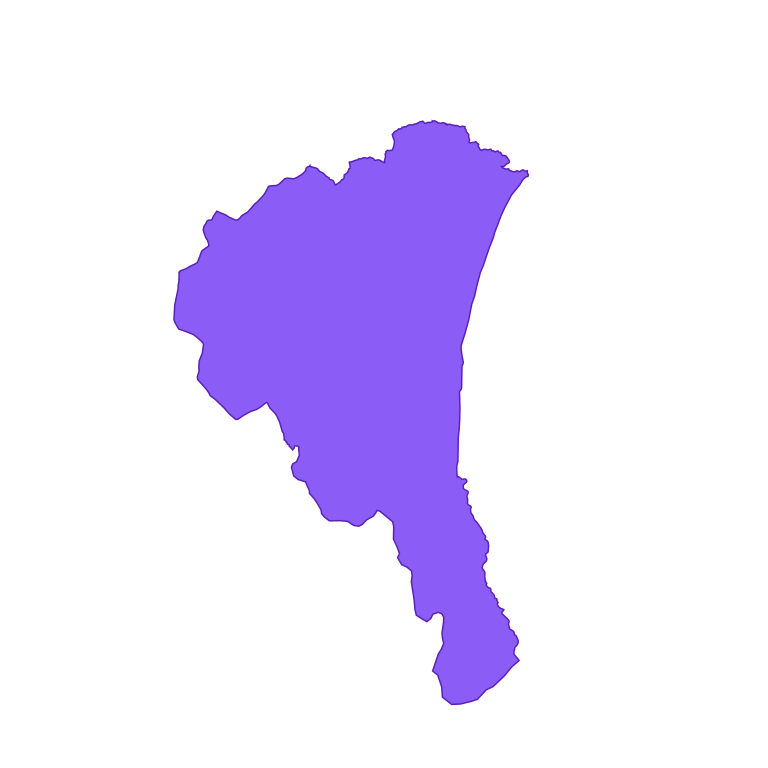 outline of Boontay, Phôngsali, Laos, rotated 113°
{"feature_id": "54806243B85580123027929", "entity_name": "Boontay", "entity_type": "district", "adm_level": 2, "iso_a3": "LAO", "parent_name": "Laos", "parent_adm1": "Phôngsali", "projection": "albers", "projection_center": [101.907, 21.382], "detail": "fine", "context": "isolated", "style": "filled", "palette": "violet", "viewbox_px": 768, "rotation_deg": 113, "n_neighbors": 0, "source": "geoboundaries", "source_scale": "gbopen_adm2", "svg_char_len": 6171}
<svg xmlns="http://www.w3.org/2000/svg" viewBox="0 0 768 768"><g transform="rotate(113 384 384)"><path d="M136.7,332.6L135.0,332.8L133.9,334.4L132.1,335.3L131.0,335.4L132.2,335.8L133.0,337.2L132.6,339.2L132.7,340.0L135.5,342.2L135.8,342.6L135.6,344.6L136.2,345.4L137.5,346.2L138.2,348.0L138.2,350.9L138.7,351.7L137.3,353.2L137.7,354.5L138.6,355.3L138.6,359.6L137.9,360.8L137.5,359.8L136.5,358.4L133.4,357.1L132.7,356.2L131.9,355.6L130.7,355.4L130.1,355.6L129.0,356.6L126.6,360.4L126.5,361.7L126.8,363.2L127.2,363.9L127.3,364.6L125.4,367.0L125.3,367.6L125.8,368.5L124.9,370.3L126.9,372.5L126.6,374.3L127.3,375.7L126.2,377.2L126.2,377.7L128.2,379.9L128.1,381.1L128.5,383.1L131.0,385.7L130.5,386.5L130.5,387.7L129.2,388.8L128.3,390.3L127.6,390.6L126.7,390.3L126.3,390.7L126.1,392.0L125.2,393.6L125.2,394.3L126.0,394.9L126.9,396.7L128.4,398.8L128.6,399.8L127.8,400.4L126.2,400.5L122.8,403.0L121.6,403.3L120.6,404.7L119.6,406.9L117.8,408.0L117.1,409.4L115.5,410.1L116.1,412.8L117.7,414.3L117.5,416.0L117.7,418.3L118.5,419.8L118.5,420.6L118.8,421.1L118.6,421.7L119.3,422.8L119.0,424.6L119.9,426.3L120.9,427.1L120.0,428.0L120.8,429.0L120.0,430.1L120.4,430.6L120.3,431.3L120.4,431.8L122.0,433.9L122.7,436.8L122.1,437.8L121.9,440.3L123.0,441.7L122.9,442.3L123.9,441.9L124.3,442.7L125.0,443.2L126.1,446.0L126.9,446.5L127.7,447.6L128.0,448.6L126.9,451.0L127.9,452.1L128.6,453.4L132.4,456.3L132.5,457.3L133.2,458.0L134.1,458.3L135.6,462.0L137.1,463.5L137.7,463.5L138.9,464.7L139.4,466.1L140.3,466.9L140.7,467.7L142.0,467.7L142.7,468.3L143.4,470.2L145.3,470.9L147.5,472.8L148.4,473.2L149.4,473.3L151.0,473.9L153.7,471.8L155.5,470.0L156.8,469.1L160.9,468.0L165.1,467.7L166.5,469.2L167.7,472.2L169.4,473.1L170.7,472.5L172.0,472.8L174.1,471.4L178.4,470.8L179.5,469.9L180.0,469.9L180.3,470.3L180.0,471.1L180.2,471.8L179.7,474.5L179.7,476.2L180.2,477.5L181.1,478.6L181.8,480.0L180.6,482.0L180.7,485.6L183.0,487.8L183.1,490.0L184.2,491.8L185.1,492.4L186.4,494.1L186.6,495.4L187.9,495.8L189.9,498.5L191.7,500.1L193.0,502.0L193.2,502.6L193.9,502.4L195.9,500.8L198.5,499.4L199.1,499.7L199.4,500.3L203.8,500.2L207.1,502.3L209.8,501.3L211.0,501.4L211.9,501.8L212.4,502.7L215.2,503.4L218.2,505.4L219.0,505.7L219.8,506.9L217.9,508.7L216.6,510.5L216.6,511.5L217.0,513.9L215.8,515.1L215.3,518.7L214.5,520.0L213.5,523.5L213.6,526.5L212.9,527.2L212.6,528.4L211.9,529.1L211.8,531.9L212.1,532.6L212.5,536.5L212.4,537.1L211.9,537.5L212.7,537.6L213.8,539.0L215.9,540.0L218.7,539.5L223.2,541.5L228.7,545.5L230.4,547.4L232.4,553.8L233.9,555.6L241.4,558.9L243.2,560.5L246.4,566.6L247.4,567.5L254.4,568.1L257.5,568.7L266.0,571.8L268.6,573.3L276.0,575.6L279.3,576.9L284.4,580.6L288.1,581.7L290.0,582.8L291.1,584.6L291.0,591.7L290.3,595.5L290.3,605.5L296.7,606.6L299.5,606.5L301.0,607.6L301.6,609.4L302.9,610.5L304.8,610.6L309.6,611.3L312.8,610.6L315.1,608.8L318.9,605.3L320.4,603.0L322.9,600.7L324.8,599.4L325.7,599.4L331.8,603.2L333.5,603.7L343.1,603.2L345.3,603.4L347.0,604.6L350.6,607.8L355.4,611.5L359.4,615.7L361.3,616.4L362.7,615.6L369.6,612.9L373.4,612.1L376.5,610.8L393.4,607.4L406.8,602.5L409.8,599.6L413.7,594.2L413.3,590.5L413.0,584.1L413.0,578.5L414.2,574.0L416.8,566.7L418.4,565.5L426.5,563.3L434.9,563.1L440.5,561.2L444.4,559.3L450.5,558.6L452.8,557.1L458.3,545.4L460.5,541.9L462.7,539.3L464.1,533.5L468.4,522.1L472.1,514.4L474.5,506.7L473.6,504.8L467.8,501.1L461.3,495.9L457.0,491.1L453.8,488.9L446.8,485.1L447.0,483.9L450.7,479.5L453.3,473.4L455.2,470.3L459.5,465.5L467.2,459.3L469.2,456.5L470.3,456.2L472.4,454.9L474.5,454.1L474.5,452.7L475.5,451.6L475.9,450.2L476.9,449.7L477.1,449.3L477.0,447.6L478.2,447.0L479.6,443.6L480.4,442.5L478.6,441.7L476.1,442.0L475.6,441.5L475.2,440.4L475.0,437.8L477.0,437.3L482.6,434.1L489.6,434.1L493.2,436.8L496.8,436.7L503.9,431.2L505.5,425.7L504.7,418.1L511.4,410.9L513.8,409.9L516.6,403.9L519.5,399.4L524.3,392.9L527.7,390.8L529.6,387.3L531.3,380.9L527.0,371.1L524.7,363.9L526.0,356.7L524.8,351.7L521.9,349.2L515.8,346.9L510.0,342.3L506.4,341.3L503.1,341.0L502.7,338.1L507.4,322.2L511.6,319.3L523.0,314.7L528.9,308.2L534.2,303.4L538.5,303.7L543.4,297.1L543.6,291.3L545.3,285.6L549.2,283.3L555.5,281.5L571.1,271.8L579.8,267.2L584.2,263.9L585.4,257.1L586.0,251.7L581.7,249.3L576.7,249.0L573.0,244.8L573.0,240.8L575.4,237.9L580.4,236.0L590.7,233.3L595.3,230.7L599.5,227.7L605.6,227.6L611.3,228.5L629.2,227.1L631.0,220.7L640.2,212.6L649.4,207.9L652.5,196.5L648.7,188.6L641.8,179.4L637.8,174.8L625.5,170.4L620.1,165.5L606.0,159.3L594.5,155.9L585.8,151.6L584.2,154.3L582.8,157.2L581.6,159.0L579.2,159.9L577.6,160.0L575.4,160.7L572.5,159.6L569.8,159.4L567.7,160.3L565.9,162.0L564.1,164.1L563.8,165.9L562.2,166.9L561.2,168.0L560.7,169.6L560.6,171.8L560.3,172.5L556.6,175.6L553.8,176.0L552.6,177.0L549.1,186.1L547.9,186.3L545.5,185.4L544.8,185.6L544.9,189.1L544.7,190.4L544.1,191.9L542.5,193.5L542.0,193.8L540.6,193.6L539.2,195.6L538.3,195.7L537.8,196.2L537.7,198.4L535.5,200.0L534.7,201.0L533.4,204.2L532.7,205.0L531.5,205.3L530.6,206.0L530.5,209.2L529.2,211.4L528.9,211.6L527.6,211.4L527.1,212.2L524.9,214.3L522.3,215.8L518.2,217.4L517.1,218.5L515.9,220.6L514.6,222.0L511.1,222.3L507.3,220.7L505.6,220.7L504.0,221.5L501.7,223.8L500.6,223.8L498.1,222.6L497.4,222.7L492.6,224.3L489.3,226.1L488.1,227.4L487.6,230.3L487.3,230.6L485.4,230.6L484.5,231.0L482.5,234.7L480.3,236.5L478.7,238.5L475.4,243.8L473.7,247.7L473.0,248.5L470.5,250.6L468.9,253.3L467.9,254.2L466.5,254.8L465.5,255.5L463.5,255.5L463.0,255.8L462.5,256.9L462.3,259.1L461.9,259.9L461.4,260.4L457.4,262.0L454.9,264.0L451.5,264.0L450.6,264.2L450.2,264.7L449.9,265.6L449.7,268.6L449.3,269.7L448.2,270.7L446.7,271.3L445.3,271.3L442.3,269.8L440.7,269.9L440.0,270.7L439.6,271.8L441.1,274.8L441.2,275.3L440.2,278.9L440.9,280.3L436.3,282.7L430.8,285.1L426.5,285.7L404.5,294.6L396.7,297.0L387.7,300.2L376.7,304.6L361.9,311.4L360.7,311.4L358.8,310.9L357.1,311.1L337.1,319.2L335.1,319.1L333.0,319.5L326.5,323.9L321.2,326.9L318.4,328.0L305.9,329.2L292.4,331.0L276.2,334.4L267.5,335.0L258.0,336.8L243.6,338.9L236.0,338.9L217.8,340.3L206.0,340.6L201.7,341.3L183.0,342.0L174.6,341.8L160.1,340.5L147.7,336.9L143.2,336.3L140.6,335.6L137.9,334.3L136.7,332.6Z" fill="#8b5cf6" stroke="#5b21b6" stroke-width="1.5"/></g></svg>